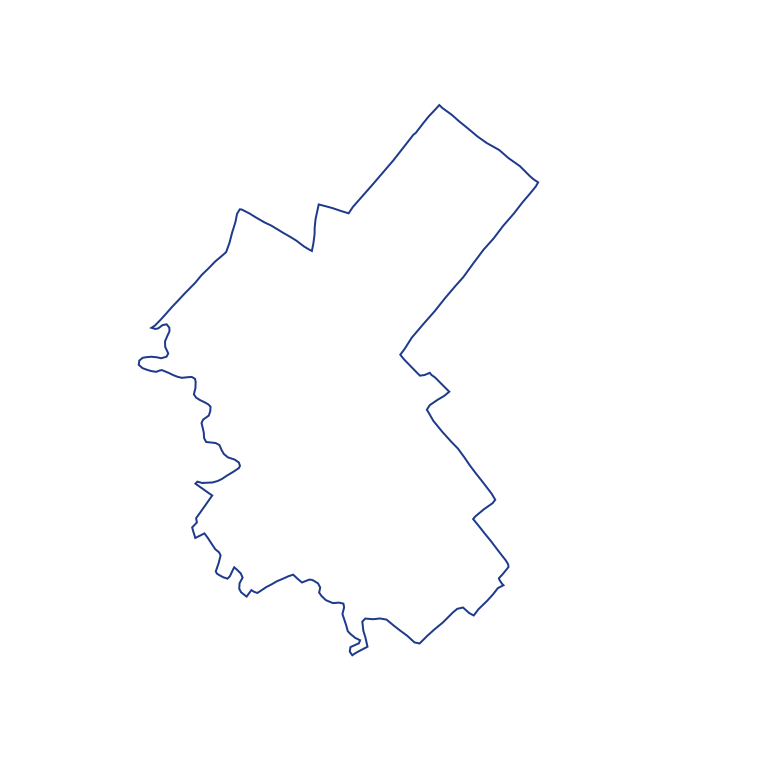 Battambang, Batdâmbâng, Cambodia (orthographic projection), rotated 133°
{"feature_id": "14789045B54080121728178", "entity_name": "Battambang", "entity_type": "district", "adm_level": 2, "iso_a3": "KHM", "parent_name": "Cambodia", "parent_adm1": "Batdâmbâng", "projection": "orthographic", "projection_center": [103.179, 13.094], "detail": "fine", "context": "isolated", "style": "outline", "palette": "blue", "viewbox_px": 768, "rotation_deg": 133, "n_neighbors": 0, "source": "geoboundaries", "source_scale": "gbopen_adm2", "svg_char_len": 3634}
<svg xmlns="http://www.w3.org/2000/svg" viewBox="0 0 768 768"><g transform="rotate(133 384 384)"><path d="M501.5,592.4L499.7,588.8L497.4,587.1L492.0,586.1L488.6,583.7L489.2,579.4L491.8,576.8L496.8,575.2L502.2,573.2L506.1,569.3L507.3,566.3L508.8,562.6L512.4,561.7L517.2,564.6L519.4,568.4L522.8,572.8L526.1,575.8L529.5,578.4L533.8,578.9L537.2,576.5L537.1,571.5L535.2,566.9L533.3,563.1L530.5,558.9L527.2,557.3L525.3,555.9L522.7,549.0L521.2,544.1L519.4,539.6L517.3,536.0L513.6,532.8L510.0,529.5L509.1,525.8L510.7,523.4L515.5,519.2L521.2,516.0L522.1,512.2L521.3,507.8L519.6,502.3L518.7,498.6L518.9,495.4L522.4,492.5L526.6,490.6L533.4,492.0L537.0,490.8L539.9,486.4L542.6,482.5L546.3,478.6L547.7,474.5L544.9,470.8L542.0,466.9L540.9,462.7L543.1,457.7L544.4,453.4L544.1,448.1L541.1,441.6L540.4,436.7L542.1,433.5L544.4,432.8L550.5,434.2L557.8,436.3L564.1,437.8L568.4,439.5L573.0,442.3L580.4,449.5L582.7,453.9L585.5,453.9L584.8,448.7L584.3,445.3L583.6,439.8L582.7,433.6L591.5,432.4L595.5,431.8L599.7,431.3L603.8,430.7L607.9,430.2L610.3,429.9L612.9,426.4L619.7,426.5L621.1,424.3L625.3,417.0L620.8,415.3L615.7,413.4L616.8,407.6L618.5,400.7L619.9,394.8L619.6,389.7L620.8,386.6L627.5,382.9L635.8,379.2L636.6,377.0L636.2,374.5L635.0,369.8L633.1,365.7L629.7,365.6L622.9,367.8L620.2,368.5L620.1,364.7L620.2,359.7L622.0,355.4L628.3,353.7L632.5,350.2L633.8,346.5L633.2,339.5L625.2,340.4L624.5,337.0L623.2,334.1L619.6,333.2L612.5,331.5L607.6,329.7L601.3,327.8L596.0,325.4L589.6,322.7L585.4,320.4L585.4,313.6L585.1,308.6L578.1,305.3L576.4,303.1L575.8,301.3L574.8,296.2L576.4,291.8L580.8,289.2L581.7,284.9L581.7,279.0L579.1,272.0L574.5,267.7L572.3,263.9L574.6,260.8L580.6,257.5L586.2,247.2L589.5,241.9L589.7,238.1L589.3,231.9L587.7,226.7L590.8,225.5L599.3,229.1L603.1,226.5L604.0,222.2L600.1,221.3L595.3,219.7L587.4,216.9L585.9,219.1L582.2,224.5L578.5,230.9L572.6,237.8L568.3,237.7L563.5,231.6L558.2,227.0L554.6,221.5L554.0,211.6L553.3,203.9L552.3,195.4L552.2,185.5L549.5,181.0L538.9,180.6L529.4,179.8L518.3,178.3L504.0,177.8L498.5,177.1L493.6,173.8L493.4,165.3L492.1,160.5L484.3,161.3L472.3,160.7L463.6,160.8L455.6,161.5L449.7,159.4L449.6,161.6L448.6,165.7L447.7,167.5L442.2,167.5L433.0,168.1L431.2,170.2L430.0,174.4L428.6,183.3L427.1,192.2L425.9,199.0L424.6,208.9L423.6,215.1L423.1,218.5L422.0,226.7L418.5,226.9L407.4,225.5L397.1,223.3L392.8,223.7L390.8,230.6L389.2,240.1L387.9,248.0L386.7,256.0L385.0,265.7L382.9,274.9L380.8,286.0L380.4,295.1L379.2,308.9L377.3,322.8L374.3,332.5L373.6,335.1L368.2,336.1L358.9,334.0L351.8,331.9L345.1,331.0L345.0,334.6L344.8,340.7L344.4,351.1L345.0,355.5L344.6,358.1L349.8,360.5L353.4,363.4L353.2,368.6L352.8,376.7L352.4,385.2L351.9,389.5L351.4,392.1L344.5,392.8L331.1,395.3L313.5,396.1L295.9,396.6L279.6,397.9L264.5,398.6L251.7,398.9L234.6,401.0L217.8,402.8L203.0,403.1L187.2,404.7L170.8,405.3L156.6,406.6L145.1,407.1L135.9,407.7L131.4,408.8L132.3,414.2L132.5,419.3L132.0,433.2L133.9,447.0L134.3,459.3L137.7,473.2L139.2,484.2L139.9,497.2L140.7,508.7L140.9,517.8L142.3,529.2L142.3,533.8L147.9,533.7L157.7,533.8L166.3,533.2L178.7,532.0L181.6,532.5L213.9,529.7L244.9,528.4L275.8,527.5L283.3,526.3L286.5,532.8L290.7,542.1L294.0,548.3L297.2,554.2L303.4,550.5L310.1,546.5L317.1,541.2L321.6,537.1L329.5,531.4L335.9,527.5L336.8,530.7L338.0,536.5L338.9,545.7L340.1,551.9L342.2,560.8L345.0,574.4L347.3,581.5L349.5,591.0L351.1,599.0L352.5,603.8L353.4,607.0L354.6,608.6L359.8,607.5L367.1,603.0L376.9,598.3L386.3,593.2L395.2,589.4L400.3,589.9L409.4,591.0L419.2,591.2L428.5,591.7L438.9,591.1L453.1,591.5L463.9,591.5L472.2,591.6L481.7,591.3L489.6,591.2L497.6,591.4L501.5,592.4Z" fill="none" stroke="#1e3a8a" stroke-width="2"/></g></svg>